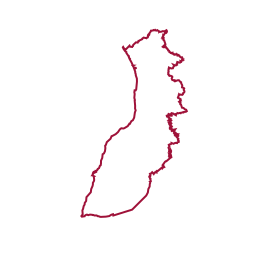 New Plymouth District, Taranaki, New Zealand (Natural Earth projection), rotated 320°
{"feature_id": "76426892B38653513639865", "entity_name": "New Plymouth District", "entity_type": "district", "adm_level": 2, "iso_a3": "NZL", "parent_name": "New Zealand", "parent_adm1": "Taranaki", "projection": "natural_earth1", "projection_center": [174.415, -39.001], "detail": "fine", "context": "isolated", "style": "outline", "palette": "rose", "viewbox_px": 256, "rotation_deg": 320, "n_neighbors": 0, "source": "geoboundaries", "source_scale": "gbopen_adm2", "svg_char_len": 5949}
<svg xmlns="http://www.w3.org/2000/svg" viewBox="0 0 256 256"><g transform="rotate(320 128 128)"><path d="M176.4,62.8L175.9,62.9L175.4,64.7L175.2,67.5L175.6,68.7L175.0,69.4L174.6,73.2L174.3,74.0L174.5,74.0L173.9,75.1L174.0,76.1L173.6,76.2L172.8,80.2L172.2,82.3L171.9,82.5L172.1,82.7L172.0,83.3L172.3,83.6L171.8,83.5L171.6,83.8L171.6,84.5L170.9,86.2L171.1,86.5L171.9,86.1L172.6,86.9L172.5,87.2L171.0,87.1L170.5,87.4L169.7,89.6L169.0,90.4L168.6,91.6L167.8,92.7L166.6,95.8L164.7,98.2L159.0,103.8L158.0,104.1L157.3,103.4L155.8,104.7L155.0,106.2L152.2,109.0L151.2,111.1L150.8,111.2L147.8,115.5L145.9,117.7L145.2,119.4L143.3,120.5L139.4,124.0L136.7,125.2L135.0,124.9L131.9,126.1L131.4,126.0L131.4,125.7L129.0,126.4L125.1,125.8L124.1,125.4L122.7,123.9L120.9,123.8L117.7,124.7L114.6,124.8L110.8,124.0L110.2,123.7L107.7,125.0L102.7,125.2L100.2,126.7L99.1,126.9L97.7,128.9L95.4,131.0L93.2,132.0L91.7,131.8L89.0,134.4L86.3,135.7L84.5,137.8L83.1,139.0L82.1,138.9L80.1,140.1L78.5,139.9L76.5,140.6L75.3,139.9L76.3,140.6L75.0,140.8L75.0,141.1L73.9,140.8L74.2,140.2L73.2,140.5L73.8,140.1L72.9,140.3L74.3,139.2L72.8,140.0L72.6,139.8L71.8,140.3L71.7,140.7L70.3,141.2L70.7,141.5L70.5,142.8L70.8,142.7L71.0,143.2L70.6,143.1L69.2,145.4L68.1,146.6L65.8,147.5L64.8,148.7L63.5,149.7L60.6,151.1L58.2,153.3L51.7,154.3L49.0,157.0L46.7,157.6L45.5,158.8L43.9,159.3L41.7,161.0L40.1,161.8L37.8,165.0L35.7,165.5L35.7,166.3L38.0,167.7L38.4,167.4L40.1,167.6L40.9,168.0L41.5,169.2L43.2,169.9L44.8,171.5L44.9,171.9L45.6,172.4L46.0,173.4L47.8,174.9L48.1,176.1L48.9,176.8L49.2,177.6L50.0,178.6L54.1,181.7L57.0,183.4L59.4,183.7L61.1,184.4L60.5,185.6L78.7,193.2L98.5,191.5L101.7,190.2L104.4,187.8L106.9,186.8L108.7,184.9L109.6,184.4L110.3,183.7L110.3,183.2L111.3,183.4L112.1,181.8L112.6,181.3L112.4,181.0L112.7,180.8L112.7,179.7L112.9,179.1L113.6,179.2L113.6,178.9L114.1,178.4L114.7,178.7L115.3,178.1L115.5,177.3L116.0,177.6L118.1,177.4L118.1,179.8L119.8,179.2L120.7,180.0L120.7,179.5L122.6,179.4L122.9,179.8L122.7,180.1L128.4,180.1L128.3,180.9L129.9,180.4L129.8,181.0L130.6,181.2L130.6,179.4L131.1,179.4L131.3,179.1L131.0,178.6L134.6,177.7L135.5,177.7L135.9,178.1L140.8,178.1L140.9,177.4L141.3,177.9L142.2,177.7L142.0,178.2L142.4,178.3L142.9,177.4L142.5,177.3L142.4,176.4L141.6,176.3L142.0,175.1L142.5,174.9L142.5,176.0L143.3,176.4L143.8,175.6L143.0,174.6L143.1,173.8L143.4,174.0L143.3,174.6L143.6,174.6L144.7,174.0L145.4,174.1L146.3,173.3L146.5,172.5L145.7,173.2L144.5,172.2L145.8,171.1L145.5,170.2L145.2,170.1L146.1,170.1L146.5,169.0L147.7,169.0L148.4,167.1L149.7,167.4L150.2,167.9L151.3,167.9L151.7,167.4L152.7,169.3L154.7,169.8L155.9,171.1L156.6,170.7L157.9,171.3L158.6,170.5L158.5,169.5L158.7,169.0L159.6,168.8L159.5,166.5L161.4,166.4L161.9,165.8L161.8,165.4L160.9,165.7L160.4,165.3L160.9,165.2L161.2,164.5L162.1,164.6L161.7,164.1L159.7,164.4L159.3,164.2L159.3,163.8L160.2,163.8L160.8,163.3L159.8,162.9L159.9,161.5L160.1,161.5L161.2,163.0L161.4,162.0L161.1,161.5L160.7,161.4L160.8,160.2L163.3,159.4L161.8,158.6L160.8,159.5L160.5,158.8L159.6,158.5L159.6,158.1L161.0,157.2L160.5,156.1L159.6,155.8L159.6,155.4L160.5,154.4L161.6,155.1L162.5,155.2L162.6,154.6L161.9,152.7L162.0,152.1L163.1,152.7L164.2,152.4L164.2,151.9L163.1,152.1L162.5,151.0L162.8,149.7L164.0,150.4L166.1,150.0L166.0,149.5L165.1,149.2L164.3,148.2L166.2,148.2L165.7,147.4L166.2,146.8L165.7,146.2L166.0,145.4L165.2,144.3L165.6,143.5L166.0,143.7L166.1,145.1L166.7,145.2L167.6,144.9L167.7,143.5L168.1,143.3L169.0,144.9L168.7,146.1L169.4,146.7L169.7,146.5L170.4,144.7L170.9,144.6L172.0,146.1L172.1,147.1L172.7,147.5L172.5,147.9L172.9,149.0L173.9,148.1L175.2,148.6L175.5,148.4L175.9,149.1L177.2,149.6L177.8,150.5L178.3,150.3L179.4,151.0L180.0,151.1L180.5,151.8L181.1,151.6L182.8,152.8L183.9,152.9L184.3,151.4L183.6,150.3L183.4,148.3L182.4,147.1L183.6,144.3L183.3,143.5L184.3,142.6L183.9,142.0L184.0,140.9L184.8,141.3L185.1,140.7L186.0,141.0L186.1,140.0L186.8,139.8L186.4,138.3L185.7,137.4L185.8,136.7L187.7,135.8L188.0,135.4L188.6,135.5L188.9,135.1L189.2,136.0L190.0,136.3L190.7,137.4L191.7,137.5L192.6,136.7L193.9,136.9L194.9,136.1L195.2,134.5L196.5,133.8L196.4,133.1L195.5,131.6L197.0,130.2L197.5,127.9L198.1,127.1L197.7,126.2L197.7,124.1L196.6,123.3L193.9,122.4L193.7,122.0L194.4,121.3L192.8,119.8L193.1,118.5L193.4,118.0L194.7,117.5L195.0,117.0L194.3,115.4L193.2,114.7L193.2,113.7L193.6,113.3L193.4,112.5L194.4,111.8L194.6,111.2L195.4,110.9L195.7,110.1L196.7,109.4L196.8,109.0L198.2,108.0L198.5,109.1L198.9,109.2L199.4,110.2L200.8,111.1L201.6,110.5L203.3,110.2L203.5,108.8L204.3,110.3L205.2,111.0L206.2,111.1L206.3,110.2L207.4,110.1L207.6,109.5L208.2,109.1L209.7,111.3L210.3,111.1L210.9,111.4L211.2,110.7L211.5,111.3L212.1,110.8L213.0,111.2L212.8,110.7L214.4,110.7L214.0,110.0L214.5,109.7L214.8,108.9L214.4,108.8L214.5,108.3L213.9,107.9L213.6,106.6L213.9,105.6L213.3,105.1L213.5,104.6L212.6,104.3L213.0,103.7L212.7,103.4L212.8,102.7L212.2,102.8L211.2,102.0L211.3,101.7L210.5,101.6L210.2,100.6L210.5,100.2L209.7,99.2L210.3,98.8L208.9,97.9L209.0,97.1L208.5,96.5L209.1,95.4L209.0,94.8L208.6,94.4L209.1,93.4L208.9,93.0L209.1,92.1L208.8,91.8L209.1,90.7L208.7,90.4L209.0,89.8L208.5,89.9L207.0,88.9L206.8,88.1L210.5,87.9L212.0,84.2L211.7,83.6L212.4,82.7L212.1,82.1L212.8,82.3L213.0,82.1L212.8,82.0L213.1,81.7L212.5,81.3L212.8,80.9L212.7,80.6L213.8,80.3L214.7,79.4L214.8,79.8L215.7,79.7L217.8,78.7L218.1,78.9L217.9,79.3L218.2,79.7L219.1,79.6L220.1,78.9L220.3,77.8L218.1,77.4L216.8,76.1L215.3,75.6L214.2,74.8L214.1,74.3L213.7,74.3L214.0,73.9L213.6,73.1L213.4,71.9L212.4,71.7L212.1,71.3L211.9,70.3L211.3,70.4L210.5,69.3L209.8,69.4L208.1,68.2L207.5,68.7L205.8,69.0L204.6,69.9L204.6,69.4L203.4,69.5L202.6,70.0L202.2,70.8L201.4,71.3L200.5,70.9L200.5,71.1L200.0,71.1L200.0,70.8L199.2,70.3L198.1,68.8L196.4,68.7L196.0,69.1L193.0,68.3L192.0,68.5L191.8,68.1L190.3,68.8L189.2,67.5L185.4,67.7L184.6,68.4L183.9,68.3L183.3,68.6L181.8,67.0L182.1,65.9L176.7,66.4L176.1,64.4L176.4,62.8Z" fill="none" stroke="#9f1239" stroke-width="2"/></g></svg>